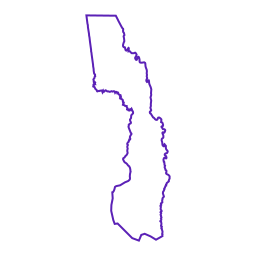 outline of Logone-Et-Chari, Extrême-Nord, Cameroon
{"feature_id": "32672807B53801841297301", "entity_name": "Logone-Et-Chari", "entity_type": "district", "adm_level": 2, "iso_a3": "CMR", "parent_name": "Cameroon", "parent_adm1": "Extrême-Nord", "projection": "equal_earth", "projection_center": [14.713, 12.015], "detail": "fine", "context": "isolated", "style": "outline", "palette": "violet", "viewbox_px": 256, "rotation_deg": 0, "n_neighbors": 0, "source": "geoboundaries", "source_scale": "gbopen_adm2", "svg_char_len": 5870}
<svg xmlns="http://www.w3.org/2000/svg" viewBox="0 0 256 256"><path d="M138.9,240.6L141.3,234.9L144.7,233.8L150.6,236.4L156.0,239.7L162.4,236.1L162.3,235.7L162.5,234.5L162.1,234.0L162.4,233.3L162.5,231.4L162.0,229.8L161.8,229.5L161.9,228.9L161.7,228.4L161.3,228.2L161.3,227.9L161.9,226.8L161.7,226.4L161.1,226.1L161.0,225.7L161.4,224.3L161.4,223.4L161.1,221.7L160.5,221.5L160.3,221.3L160.4,220.9L161.3,219.8L161.3,219.5L161.1,218.9L161.2,218.4L161.0,218.2L161.4,217.7L161.5,217.3L161.0,216.5L161.1,215.9L161.0,215.4L160.6,214.9L160.6,214.5L161.2,213.4L161.2,213.0L161.0,212.7L160.5,212.2L160.7,211.8L161.6,211.2L161.6,210.9L161.5,210.5L160.8,209.7L160.6,209.1L160.9,206.9L160.9,206.6L160.4,206.0L160.5,205.5L160.7,205.2L161.2,205.0L161.2,204.5L160.9,203.5L161.1,203.2L162.2,202.6L162.4,202.2L162.1,200.9L162.3,200.1L162.5,199.2L162.4,199.1L162.6,198.2L163.0,197.6L163.8,196.8L163.9,196.5L162.9,193.4L163.0,192.0L163.9,190.6L164.0,189.9L164.4,189.4L164.2,188.5L164.9,187.8L165.3,186.2L166.2,185.6L166.0,184.5L166.6,184.0L166.8,183.0L168.8,181.4L168.7,180.6L169.6,178.5L169.6,176.3L169.1,175.6L168.4,174.9L166.6,174.0L166.3,173.7L166.0,173.0L166.4,172.2L166.4,170.7L166.2,170.4L165.6,170.1L165.4,169.7L165.2,168.6L164.8,167.8L164.6,167.1L165.1,165.7L164.5,164.9L164.4,163.1L164.2,161.9L163.8,161.8L163.5,160.1L163.5,159.5L163.8,158.5L164.1,158.0L164.5,157.8L164.9,157.8L165.7,158.3L166.1,158.4L166.4,158.1L166.5,157.7L166.1,156.2L165.2,155.6L164.8,155.1L164.7,154.7L164.8,154.2L165.3,153.6L165.7,153.4L166.5,153.3L167.1,152.9L167.6,151.9L167.7,151.3L167.5,150.9L166.2,149.3L165.9,148.3L165.8,147.2L165.9,146.2L165.8,145.7L165.2,145.2L164.5,144.2L164.3,144.4L164.4,145.1L164.3,145.9L164.1,146.2L163.7,146.3L163.2,146.0L162.6,145.2L162.4,144.4L162.2,142.2L161.8,141.0L161.6,140.2L161.8,139.0L162.2,138.5L162.8,138.1L163.2,137.7L163.4,137.1L163.3,135.4L162.6,133.7L162.4,133.1L162.5,132.6L162.8,132.3L163.3,132.3L163.9,132.7L164.3,132.6L164.8,131.8L165.2,130.6L165.2,130.1L164.8,129.6L164.5,129.3L162.9,129.1L162.6,128.7L162.2,127.7L161.7,127.4L161.5,126.9L161.5,126.6L161.7,126.4L162.5,126.5L162.7,126.3L163.1,125.0L162.6,123.2L162.3,122.6L161.1,122.1L161.4,119.7L161.3,119.3L160.4,118.3L159.1,117.5L158.3,117.6L157.9,118.1L157.5,119.3L157.0,119.6L156.8,119.9L155.7,119.7L155.0,119.1L154.1,118.0L153.5,117.5L153.1,117.4L150.7,113.5L150.1,113.3L149.8,112.4L149.9,111.7L150.9,110.8L151.2,110.2L150.5,108.2L150.4,107.7L150.8,106.4L150.9,105.6L150.8,104.2L151.2,100.5L150.5,97.4L151.1,95.5L151.2,94.4L151.0,93.3L151.3,89.3L150.7,87.2L149.4,84.2L149.1,82.8L149.0,80.9L148.7,80.3L148.3,80.4L147.5,81.8L147.0,82.0L146.4,81.1L146.3,80.5L146.5,79.5L147.2,78.2L146.7,76.2L147.0,75.0L146.7,73.4L146.9,71.2L146.7,69.8L145.8,67.4L145.5,66.1L145.3,63.5L145.1,62.9L144.1,62.3L141.9,62.7L140.3,62.6L139.8,62.2L139.6,61.7L139.5,59.5L139.2,58.1L138.8,57.1L138.5,56.8L138.2,56.8L137.6,57.3L137.1,59.0L136.6,59.9L136.2,59.9L135.7,59.4L135.2,58.4L135.2,57.6L136.3,55.7L136.6,54.7L136.0,53.4L135.2,52.7L134.7,52.8L133.9,53.2L131.8,53.2L131.1,52.7L129.7,51.2L129.0,51.1L128.5,51.3L128.5,50.5L128.8,49.1L128.8,48.2L128.5,47.9L128.3,48.1L126.9,50.3L126.4,50.6L125.7,50.3L125.3,49.2L125.0,47.6L124.7,47.2L123.9,47.2L123.4,46.8L123.1,46.3L123.0,45.1L123.4,43.5L123.9,42.0L124.2,41.7L124.3,40.9L124.0,38.1L123.6,36.5L123.8,35.8L124.3,35.4L124.4,35.1L124.2,34.0L123.8,32.6L123.3,32.2L123.0,30.9L123.2,29.8L123.1,28.8L122.4,28.2L121.6,26.9L118.3,20.7L118.0,20.0L115.8,15.7L86.4,15.4L87.5,24.0L87.7,24.4L87.9,25.9L87.9,27.0L89.0,33.9L89.1,35.5L89.5,37.5L90.0,41.9L91.1,49.9L91.1,51.2L91.5,53.0L91.6,54.2L93.1,65.1L93.1,66.0L93.6,68.9L93.7,70.8L94.1,73.4L94.7,74.4L95.0,74.5L95.1,74.9L95.0,75.3L95.2,76.3L94.7,76.7L94.3,78.3L93.7,78.9L93.4,79.6L93.8,80.8L93.7,81.8L93.9,82.4L94.6,82.1L95.0,82.2L95.2,82.5L94.8,83.1L95.1,84.1L94.4,84.0L94.3,84.5L93.5,84.6L93.4,84.9L93.7,85.5L93.2,86.3L93.3,86.6L94.5,87.0L95.3,88.8L96.6,90.0L96.8,90.3L97.0,91.1L97.3,91.4L99.3,90.8L99.6,91.0L100.6,90.6L101.7,90.5L102.0,90.8L102.6,92.5L103.0,91.9L102.6,90.9L103.0,90.4L103.5,91.8L103.9,91.8L105.3,90.4L105.7,90.3L107.3,91.4L108.6,91.4L109.4,91.8L110.0,91.8L111.5,91.2L112.7,91.6L113.3,91.3L113.9,91.2L114.4,91.4L114.7,91.7L115.1,92.8L115.8,91.9L116.4,91.9L116.8,92.2L117.2,93.1L117.9,92.5L118.1,92.7L117.9,93.5L118.0,93.6L118.5,93.8L118.9,94.5L119.5,94.9L120.5,95.1L120.9,96.6L120.1,96.6L120.0,96.8L120.3,97.2L120.3,97.6L120.0,98.2L120.2,98.5L120.9,98.4L121.4,99.2L122.1,99.3L122.9,100.2L122.8,101.4L123.2,103.0L123.7,102.4L123.8,102.5L123.5,103.9L123.0,104.3L122.9,104.8L124.7,105.4L124.9,105.8L126.7,106.1L126.6,106.8L127.0,107.4L127.7,108.6L127.0,109.2L127.0,109.4L128.3,109.8L128.4,110.3L129.0,110.5L129.4,110.5L129.4,109.9L129.6,109.7L129.9,109.6L130.2,109.7L130.3,109.3L130.8,109.6L131.5,108.7L132.0,109.8L131.9,110.5L132.6,111.0L133.0,111.9L133.1,112.9L133.0,113.4L131.4,115.1L131.2,115.7L131.1,117.2L131.0,118.1L130.0,119.6L130.0,120.0L130.2,120.9L130.9,122.3L130.9,123.0L130.5,123.5L129.5,123.9L128.7,124.9L128.8,125.8L128.5,126.5L128.7,127.6L130.4,131.9L130.7,132.8L131.2,133.2L131.5,133.9L131.4,134.2L130.5,135.5L129.9,136.9L129.9,137.5L130.3,138.9L130.2,139.1L130.0,139.5L129.3,140.1L129.0,140.8L128.9,140.6L128.5,141.7L127.4,143.2L127.2,143.8L127.3,144.3L127.7,144.8L127.9,145.0L127.3,146.3L127.3,147.2L127.7,148.7L127.3,150.0L127.3,151.2L127.6,152.7L127.5,153.4L126.7,154.8L126.3,155.4L125.6,155.8L124.5,157.5L123.5,158.1L123.2,158.4L123.1,159.4L124.0,161.3L124.7,162.3L126.3,163.3L127.2,164.2L128.1,165.5L129.3,166.4L129.6,167.2L130.0,167.9L130.4,170.1L130.4,171.2L130.6,171.5L130.0,174.0L129.8,176.4L130.0,178.1L129.8,179.4L129.1,180.2L128.2,181.0L125.0,182.3L120.1,185.3L116.3,186.1L115.1,186.8L114.9,187.3L114.4,189.4L113.8,190.9L113.0,192.1L112.3,192.3L112.7,198.4L111.4,205.0L111.2,210.8L113.3,220.1L114.7,223.9L117.6,223.5L132.2,238.1L138.9,240.6Z" fill="none" stroke="#5b21b6" stroke-width="2"/></svg>